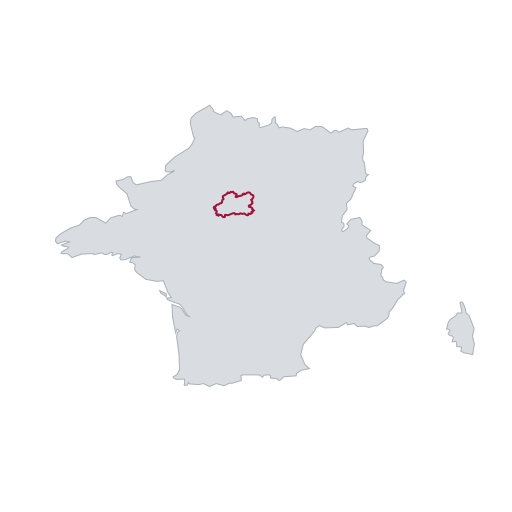 Loiret highlighted on a map of France, rotated 343°
{"feature_id": "FRA-5317", "entity_name": "Loiret", "entity_type": "Metropolitan department", "adm_level": 1, "iso_a3": "FRA", "parent_name": "France", "parent_adm1": "", "projection": "robinson", "projection_center": [2.43, 47.912], "detail": "fine", "context": "in_parent", "style": "outline", "palette": "rose", "viewbox_px": 512, "rotation_deg": 343, "n_neighbors": 0, "source": "natural_earth", "source_scale": "10m", "svg_char_len": 6464}
<svg xmlns="http://www.w3.org/2000/svg" viewBox="0 0 512 512"><g transform="rotate(343 256 256)"><path d="M387.3,211.1L384.2,212.6L382.4,215.6L380.4,216.3L376.8,216.3L375.0,214.5L370.7,215.6L369.0,217.5L371.6,219.9L363.2,229.4L357.8,232.0L356.7,238.2L350.3,242.9L348.0,247.8L347.8,248.8L349.5,250.4L348.9,253.6L345.6,255.7L345.7,257.8L346.6,258.1L351.6,256.4L353.5,254.5L352.4,251.9L357.4,248.7L366.5,249.5L367.6,253.8L366.5,257.3L373.2,265.1L367.6,268.7L367.3,271.1L373.3,278.8L377.1,282.1L375.2,287.3L369.1,290.7L365.2,290.4L363.5,291.2L363.7,292.8L366.5,297.6L373.3,300.7L374.4,304.3L372.5,305.6L369.6,311.1L371.0,313.8L370.5,315.0L371.2,316.8L373.0,318.7L382.4,323.3L390.7,322.4L391.9,325.1L386.9,332.3L387.2,335.5L384.7,335.5L384.2,336.6L379.1,339.0L370.8,346.3L367.0,348.4L365.5,352.1L363.2,354.1L351.2,358.3L348.9,357.3L343.1,357.4L339.4,354.8L332.3,353.1L330.0,349.3L323.4,348.6L323.0,346.1L313.8,348.4L300.9,344.9L296.3,341.2L292.6,342.2L289.2,345.5L275.4,354.3L269.9,363.4L271.0,374.1L274.2,379.3L265.7,378.5L260.6,380.0L259.3,382.3L247.2,379.6L242.8,381.8L241.5,381.7L240.0,379.4L234.1,376.9L235.0,375.2L234.2,373.6L228.7,372.3L226.7,373.9L224.6,370.8L209.1,365.9L206.6,366.0L205.5,370.8L195.5,370.7L194.1,369.8L187.6,370.8L180.8,366.4L173.2,367.2L168.5,362.6L164.0,362.3L157.6,359.9L154.7,358.7L154.4,357.3L152.5,359.4L150.1,358.9L149.6,358.3L151.1,355.7L151.5,352.8L143.5,350.6L141.5,348.4L141.4,347.3L145.8,346.3L149.7,342.1L153.7,327.2L156.6,309.5L158.6,306.1L161.1,305.2L159.2,302.8L156.7,306.0L158.4,289.8L161.5,277.8L168.1,282.7L169.6,284.9L171.5,292.0L175.2,295.0L172.8,292.1L170.5,282.6L169.0,279.9L158.6,271.9L158.2,270.1L162.9,271.1L161.1,265.1L160.2,252.6L153.8,251.3L143.7,246.0L136.8,236.4L136.1,232.9L138.0,229.1L136.5,226.7L133.5,225.0L135.9,221.8L138.0,221.5L145.3,223.3L139.4,220.3L129.6,221.3L125.7,220.2L125.1,218.0L127.8,215.1L124.6,213.2L119.0,213.7L118.3,212.9L120.0,210.8L118.6,210.1L114.0,210.9L111.5,210.2L109.1,207.8L101.8,207.3L100.2,205.9L90.1,203.2L79.5,203.7L76.7,198.9L70.3,196.7L71.6,195.2L78.1,193.8L79.4,192.4L74.8,190.5L73.2,188.6L81.8,188.1L78.0,186.0L69.6,186.2L68.6,183.4L69.8,180.5L74.7,177.9L87.0,175.0L95.8,174.9L102.1,171.6L108.3,170.7L114.1,172.3L121.9,180.6L128.3,177.0L137.7,177.1L139.6,179.1L142.2,175.4L144.2,177.5L155.7,176.8L153.1,175.4L151.0,171.9L150.8,159.0L145.1,149.7L143.7,146.3L144.1,143.4L151.0,144.0L156.7,142.7L159.4,143.6L159.9,149.6L162.3,153.0L178.0,154.1L187.1,156.0L194.8,152.6L202.0,151.1L202.6,150.3L198.4,150.6L194.7,149.1L194.2,147.5L196.2,142.8L207.2,137.6L223.2,133.3L227.4,130.4L232.1,125.2L231.1,123.9L231.9,109.8L234.2,105.1L240.3,101.8L255.8,98.4L257.7,102.9L257.6,105.4L261.7,109.4L263.7,110.6L270.5,108.5L273.7,112.2L274.7,116.3L282.9,118.1L285.3,123.5L286.8,122.3L291.9,122.5L294.3,123.0L297.6,125.4L296.7,128.6L298.1,130.2L296.8,133.2L297.8,134.5L307.2,134.5L310.0,133.1L311.2,130.1L314.0,128.3L315.1,128.9L313.4,134.5L314.7,136.0L315.4,140.1L319.0,140.4L326.0,143.6L331.9,149.0L339.1,148.2L344.8,151.2L350.6,149.6L356.2,151.2L358.1,152.8L363.5,160.4L367.4,158.9L370.2,159.8L371.2,161.9L381.7,160.6L383.7,162.8L385.9,163.6L399.4,166.4L399.6,169.2L392.1,177.4L389.0,188.9L386.8,192.9L386.1,195.9L386.8,197.9L386.5,201.0L385.0,208.5L386.0,210.7L387.3,211.1ZM440.8,367.0L440.3,371.8L442.3,375.3L443.4,389.2L439.6,395.8L439.1,404.0L434.4,413.6L426.5,409.3L424.1,406.9L426.1,403.2L421.5,401.3L422.5,397.7L422.0,395.9L418.8,395.7L418.6,394.8L420.8,392.0L420.7,390.3L417.7,388.2L417.0,386.3L419.9,384.1L418.5,382.2L416.9,381.7L420.6,375.4L423.3,373.5L429.3,371.7L431.8,369.4L435.8,370.6L436.5,370.0L437.5,360.1L438.8,359.9L440.2,361.3L440.8,367.0ZM159.2,265.8L158.2,268.6L154.2,263.7L153.8,261.0L159.2,265.8Z" fill="#d9dde1" stroke="#a8b0b8" stroke-width="1"/><path d="M231.9,206.5L230.6,205.4L230.8,205.2L231.0,204.7L230.2,203.6L230.7,203.0L231.4,202.3L231.4,201.1L231.1,200.7L230.6,200.5L230.3,200.3L230.5,200.0L231.0,199.4L231.2,199.0L231.0,198.6L230.7,198.4L230.4,198.3L229.9,198.4L229.8,197.4L230.0,197.0L230.4,196.6L230.8,196.6L231.6,196.9L232.0,196.8L232.3,196.4L232.8,195.9L233.2,195.6L233.9,195.5L235.3,195.8L236.9,195.2L237.4,195.1L238.0,195.3L238.5,195.2L239.0,194.8L239.5,194.2L239.9,193.0L240.2,192.6L240.7,192.3L241.1,192.3L241.4,192.2L241.6,191.9L241.7,191.5L241.4,190.4L241.4,190.0L241.5,189.7L242.0,189.0L245.7,188.3L246.6,187.9L246.9,187.7L247.0,187.5L247.2,187.1L247.4,187.0L247.6,187.0L248.0,187.2L248.2,187.4L248.4,187.6L248.4,187.8L248.6,188.0L248.9,188.0L249.5,187.9L249.8,187.7L250.0,187.5L250.2,187.4L250.4,187.3L251.6,187.9L252.4,187.8L252.6,187.8L253.0,188.2L253.1,188.5L253.5,189.7L253.5,189.8L255.0,190.7L255.3,191.0L255.5,191.3L255.5,191.5L255.4,191.7L255.2,192.1L255.3,192.5L255.4,192.9L255.2,193.0L254.5,192.9L254.2,192.9L254.0,193.0L253.9,193.2L253.9,193.4L253.9,193.6L254.1,193.8L254.3,193.9L254.7,194.0L255.1,194.0L256.0,193.8L256.4,193.7L259.9,194.0L260.3,193.9L260.8,193.6L261.0,193.4L261.2,193.1L261.5,192.9L261.9,192.8L262.6,192.8L262.9,192.9L263.0,193.0L262.9,193.2L262.8,193.4L262.8,193.6L263.2,193.7L263.5,193.7L266.1,192.9L266.5,192.9L266.9,192.9L267.9,193.2L268.2,193.3L268.4,193.5L268.6,193.7L268.7,193.9L269.2,195.5L269.4,195.8L269.6,196.0L270.4,196.5L270.8,196.9L270.9,197.1L271.0,197.3L271.1,197.9L270.9,198.3L270.5,199.3L270.2,199.6L270.0,199.8L269.5,200.0L269.2,200.2L268.8,200.6L268.6,200.8L268.4,200.9L268.0,200.9L267.9,200.9L267.9,201.2L268.0,202.0L268.1,202.3L268.3,202.7L268.4,202.9L268.2,203.1L268.1,203.3L268.0,203.5L268.1,203.9L268.1,204.1L268.1,204.4L267.9,204.7L267.6,204.8L266.8,205.1L266.0,205.5L265.7,205.6L265.0,205.6L264.5,205.6L264.2,205.7L264.0,205.8L263.8,206.0L263.7,206.4L263.7,206.7L263.8,206.9L263.9,207.1L264.1,207.3L264.4,207.3L264.6,207.4L264.9,207.5L265.6,208.1L265.9,208.4L266.2,209.0L266.4,209.3L266.4,209.6L266.1,210.0L266.1,210.3L266.3,210.6L267.1,211.4L267.3,211.9L266.8,212.1L265.8,212.1L265.5,212.2L264.4,212.7L264.4,212.8L264.9,213.5L264.3,213.6L263.4,214.2L262.9,214.2L262.5,214.0L261.7,213.4L261.2,213.3L261.0,213.6L260.8,214.1L260.4,214.6L259.8,214.6L259.4,214.4L258.4,213.5L257.4,212.1L256.9,211.8L255.5,211.8L254.9,211.6L253.7,210.7L253.2,210.6L251.9,211.0L251.2,210.9L249.9,210.2L249.3,210.1L248.4,210.2L248.0,208.8L246.7,208.4L241.5,208.8L240.7,208.7L239.4,207.9L238.7,207.7L238.4,207.7L238.2,208.0L238.1,208.6L237.6,209.5L236.8,209.6L236.0,209.1L235.4,208.4L235.0,206.8L234.7,206.6L233.7,206.2L232.7,205.6L232.4,206.3L231.9,206.5Z" fill="none" stroke="#9f1239" stroke-width="2"/></g></svg>